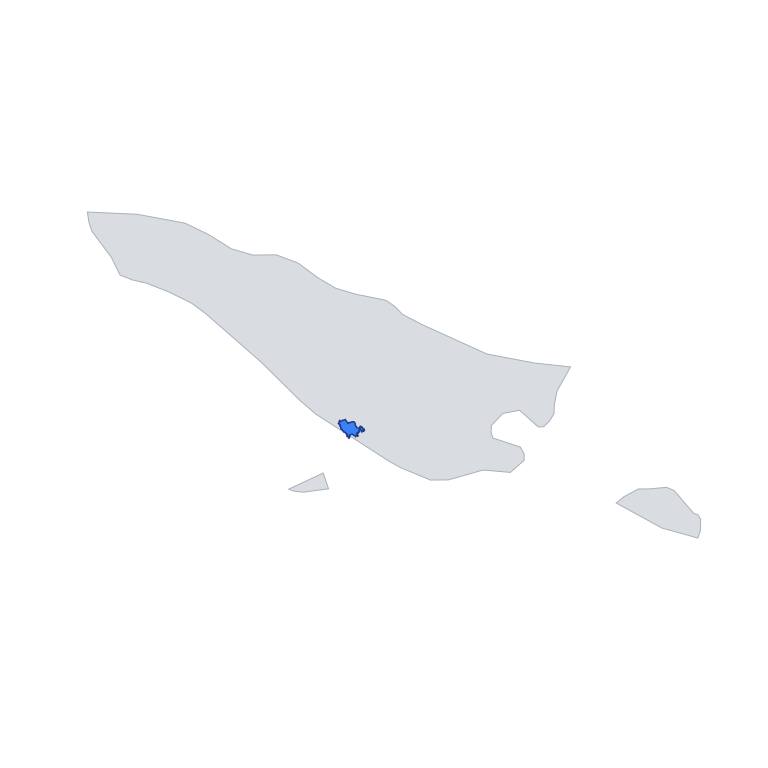 Cristo Rei, Dili, East Timor (highlighted), rotated 224°
{"feature_id": "22284137B23086342577141", "entity_name": "Cristo Rei", "entity_type": "district", "adm_level": 2, "iso_a3": "TLS", "parent_name": "East Timor", "parent_adm1": "Dili", "projection": "orthographic", "projection_center": [125.629, -8.561], "detail": "fine", "context": "in_parent", "style": "filled", "palette": "blue", "viewbox_px": 768, "rotation_deg": 224, "n_neighbors": 0, "source": "geoboundaries", "source_scale": "gbopen_adm2", "svg_char_len": 4789}
<svg xmlns="http://www.w3.org/2000/svg" viewBox="0 0 768 768"><g transform="rotate(224 384 384)"><path d="M261.7,525.8L254.6,499.0L247.1,487.4L241.2,480.9L239.2,472.7L239.5,464.2L243.1,460.3L268.2,459.3L278.1,445.4L278.0,428.8L273.0,423.2L268.1,420.8L242.1,433.3L234.7,431.1L230.2,426.6L231.7,408.2L253.0,390.9L271.1,359.7L283.8,347.2L313.5,335.5L325.5,332.2L411.8,315.0L432.4,313.8L487.2,314.4L560.4,310.8L578.5,308.5L602.0,301.0L624.8,291.6L636.9,284.3L649.5,279.0L668.3,285.8L700.2,291.0L708.8,295.5L716.8,301.7L679.6,334.5L638.8,361.5L613.7,369.7L587.7,375.2L567.9,385.6L551.2,402.1L529.8,411.3L505.8,414.4L485.3,419.3L466.6,429.0L440.7,445.6L430.2,447.3L419.1,446.9L397.7,453.2L330.9,477.0L290.6,503.4L261.7,525.8ZM51.2,491.2L84.1,473.4L134.3,459.7L133.1,469.6L128.0,485.3L120.4,492.7L109.0,505.9L101.4,508.9L71.3,506.1L67.4,508.0L62.2,506.6L54.5,498.2L51.2,491.2ZM379.5,242.2L365.9,277.7L351.1,270.1L366.8,250.2L374.4,244.3L379.5,242.2Z" fill="#d9dde1" stroke="#a8b0b8" stroke-width="1"/><path d="M370.6,335.1L371.3,334.8L371.8,334.5L372.2,334.4L372.4,334.4L372.9,334.1L373.2,334.0L373.5,333.8L373.7,333.7L373.8,333.7L374.0,333.8L374.3,334.0L374.7,334.2L374.8,334.2L375.0,334.1L375.3,334.0L375.7,334.3L375.8,334.5L376.2,334.7L376.3,334.7L376.7,335.0L376.8,335.2L377.4,335.6L378.7,336.0L379.0,335.9L379.5,335.8L379.6,335.7L379.9,335.4L380.0,335.4L380.2,335.2L380.3,334.9L380.5,334.8L380.5,334.7L380.8,334.4L380.8,334.2L381.0,334.1L381.1,333.9L381.3,333.4L381.2,333.3L381.2,333.2L381.3,333.1L381.6,332.9L381.6,332.6L381.7,332.4L381.8,332.3L382.1,332.2L382.3,332.0L382.4,331.9L382.3,331.7L382.2,331.5L382.2,331.3L382.3,331.3L382.7,331.1L383.1,331.1L383.3,331.0L383.2,330.8L387.1,331.5L387.1,331.1L387.5,330.8L387.7,330.2L388.2,329.6L388.7,329.1L388.7,328.7L388.8,327.9L388.9,327.4L389.1,326.8L389.7,326.8L390.5,327.1L390.5,326.2L390.2,325.9L389.8,325.4L389.6,324.8L389.4,324.2L389.3,323.8L389.2,323.8L389.1,324.0L388.8,323.9L388.5,323.9L388.4,323.9L388.3,324.0L388.3,324.3L388.2,324.3L387.8,324.3L387.7,324.2L387.4,324.2L387.2,324.2L386.7,324.0L386.7,323.9L386.8,323.6L386.6,323.6L386.6,323.8L386.5,323.5L386.4,323.6L386.2,323.4L385.9,323.1L385.7,323.1L385.5,322.9L385.2,322.8L385.0,322.7L384.8,322.6L384.6,322.4L384.4,322.4L384.0,322.3L383.8,322.2L383.7,322.1L383.8,321.9L383.6,321.7L383.5,321.8L383.0,322.0L382.8,322.0L382.4,322.1L382.1,322.0L381.7,322.0L381.3,321.9L380.8,321.9L380.4,321.9L380.1,321.8L379.9,321.8L379.7,321.8L379.6,321.6L379.4,321.7L379.5,321.9L379.5,322.0L379.4,322.0L379.2,322.0L378.9,322.2L379.0,322.1L378.9,322.0L378.6,322.1L378.4,322.2L378.1,322.1L377.9,322.1L377.7,322.2L377.6,322.3L377.2,322.3L376.9,322.3L376.6,322.3L376.6,322.2L376.5,321.9L376.4,321.9L376.2,321.9L375.9,321.8L375.8,322.0L375.6,322.0L375.3,322.1L375.1,322.1L374.9,322.1L374.8,321.9L374.7,321.9L374.4,321.5L374.4,321.4L374.5,321.4L374.7,321.2L374.5,320.9L374.5,320.7L374.3,320.6L374.2,320.6L373.9,320.8L373.7,320.9L373.7,321.0L373.3,321.1L373.0,321.1L372.8,321.1L372.3,321.0L372.2,320.9L372.1,320.7L371.9,320.6L371.7,320.5L371.5,320.8L371.5,321.0L371.8,321.1L371.9,321.4L372.0,321.9L372.0,322.1L372.1,322.5L372.2,322.8L372.3,322.8L372.5,322.9L372.7,322.7L372.9,322.7L373.0,322.8L373.0,323.0L373.1,323.3L373.1,323.7L373.0,323.8L373.1,324.0L372.9,324.4L372.8,324.5L372.7,324.7L372.6,325.1L372.3,325.4L372.2,325.6L372.0,325.8L371.9,325.9L371.3,326.1L371.2,326.0L371.0,325.9L370.9,325.9L370.7,326.0L370.3,326.1L370.1,326.2L369.8,326.3L369.5,326.4L369.3,326.4L369.2,326.3L368.4,326.5L368.2,326.5L367.8,326.4L367.8,326.6L367.9,326.8L368.2,327.7L368.3,327.9L366.6,328.1L366.6,328.6L367.4,328.3L367.6,328.8L367.9,328.8L368.1,329.0L368.3,329.5L368.2,330.1L369.1,329.9L369.4,329.9L369.5,329.9L369.5,330.4L369.4,330.7L369.2,330.9L369.2,331.0L368.9,331.5L368.6,331.7L368.6,331.8L368.5,332.0L368.5,332.4L368.5,332.5L368.8,332.8L369.0,332.9L369.2,333.0L369.4,333.0L369.5,333.1L369.9,333.1L369.9,333.5L370.3,334.6L370.3,334.8L370.6,335.1ZM370.6,335.1L370.4,335.1L370.1,335.2L369.1,334.8L368.9,334.8L368.7,334.9L368.4,334.6L368.2,334.4L367.1,334.3L366.9,334.2L366.7,334.1L366.6,334.4L366.5,334.7L366.5,334.8L366.4,335.0L366.5,335.3L366.5,335.5L366.4,335.8L366.5,335.9L366.4,336.0L366.5,336.1L366.6,336.3L366.4,336.3L366.4,336.2L366.2,335.9L366.1,335.6L366.0,335.8L365.9,335.7L365.8,335.8L365.9,336.0L366.0,336.3L366.0,336.6L365.9,336.8L365.8,337.0L366.1,337.3L366.5,337.5L366.5,337.3L366.7,337.2L366.8,337.2L367.1,336.9L367.2,337.1L367.3,337.1L367.4,337.3L367.5,337.2L367.8,337.4L368.0,337.3L368.1,337.2L368.3,337.2L368.3,337.3L368.5,337.5L368.8,337.6L369.0,337.6L369.9,337.7L370.1,337.5L370.2,337.4L370.4,337.4L370.7,337.5L371.2,337.4L371.4,337.4L371.7,337.2L371.8,337.1L371.8,336.9L371.7,336.7L371.4,336.5L371.4,336.3L371.0,335.8L370.6,335.1Z" fill="#3b82f6" stroke="#1e3a8a" stroke-width="1.5"/></g></svg>